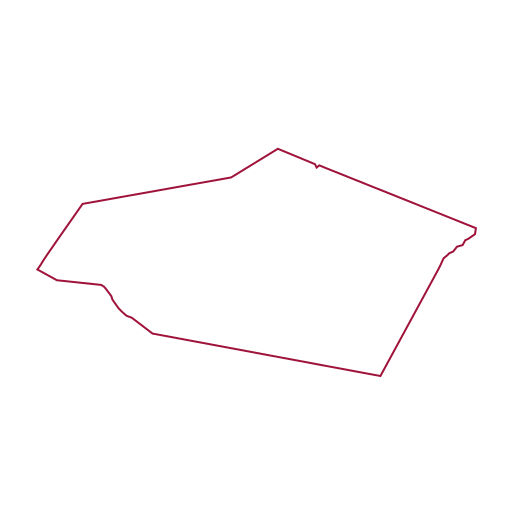 the district of Pedro Avelino, Rio Grande do Norte, Brazil, rotated 275°
{"feature_id": "56859067B85283372210040", "entity_name": "Pedro Avelino", "entity_type": "district", "adm_level": 2, "iso_a3": "BRA", "parent_name": "Brazil", "parent_adm1": "Rio Grande do Norte", "projection": "equal_earth", "projection_center": [-36.335, -5.465], "detail": "fine", "context": "isolated", "style": "outline", "palette": "rose", "viewbox_px": 512, "rotation_deg": 275, "n_neighbors": 0, "source": "geoboundaries", "source_scale": "gbopen_adm2", "svg_char_len": 756}
<svg xmlns="http://www.w3.org/2000/svg" viewBox="0 0 512 512"><g transform="rotate(275 256 256)"><path d="M147.3,390.4L253.5,436.6L261.2,439.9L270.1,443.1L273.5,446.6L275.5,448.2L277.7,452.1L282.8,455.4L284.9,460.9L290.0,463.1L291.4,465.7L294.1,469.0L296.9,472.3L302.9,472.6L327.2,392.4L337.1,359.6L349.0,320.2L351.8,311.1L349.4,308.7L352.6,306.8L364.7,268.4L332.1,224.4L318.6,174.3L292.8,78.7L257.8,58.5L254.3,56.5L239.2,47.9L234.3,45.2L231.6,43.8L229.3,42.7L226.2,41.0L223.5,39.4L214.5,59.8L213.7,104.3L212.1,107.4L209.9,109.6L203.4,115.4L200.4,116.6L197.7,118.7L194.7,121.3L191.9,123.7L188.8,127.3L185.2,132.2L183.7,137.6L175.1,151.2L169.7,159.7L158.2,278.0L152.6,335.4L149.1,371.6L147.3,390.4Z" fill="none" stroke="#9f1239" stroke-width="2"/></g></svg>